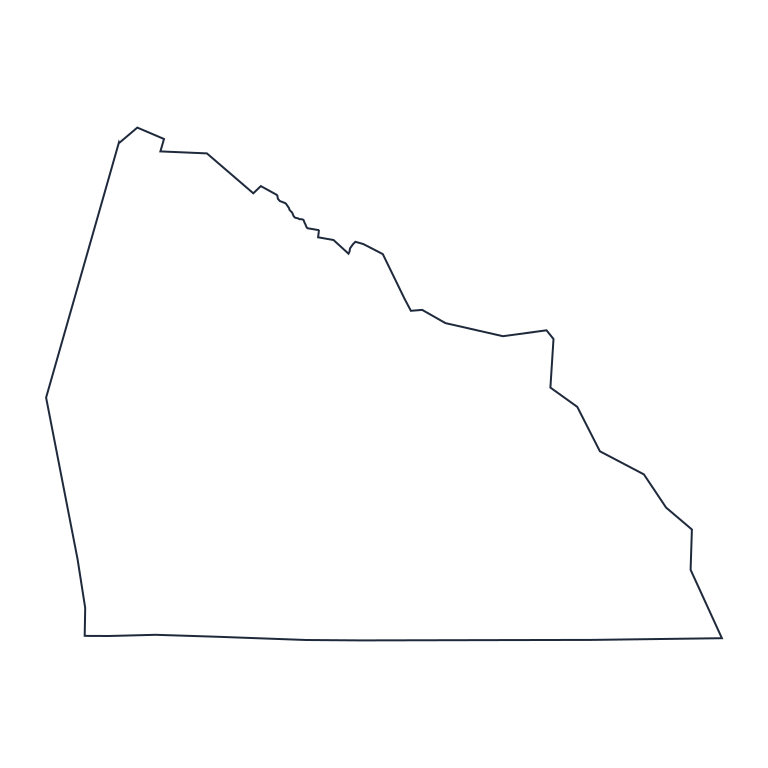 Rowan, North Carolina, United States of America (Natural Earth projection)
{"feature_id": "52423323B48930759923162", "entity_name": "Rowan", "entity_type": "district", "adm_level": 2, "iso_a3": "USA", "parent_name": "United States of America", "parent_adm1": "North Carolina", "projection": "natural_earth1", "projection_center": [-80.524, 35.683], "detail": "fine", "context": "isolated", "style": "outline", "palette": "slate", "viewbox_px": 768, "rotation_deg": 0, "n_neighbors": 0, "source": "geoboundaries", "source_scale": "gbopen_adm2", "svg_char_len": 998}
<svg xmlns="http://www.w3.org/2000/svg" viewBox="0 0 768 768"><path d="M721.9,638.2L690.6,569.8L691.9,529.5L666.1,507.6L643.9,474.4L599.9,451.3L577.3,406.9L550.4,387.6L553.5,339.0L553.1,338.5L546.5,330.3L502.9,336.2L445.4,323.1L422.2,309.9L410.9,310.8L404.5,298.7L382.8,254.1L363.2,244.0L355.4,241.8L352.9,244.3L350.0,248.4L349.5,251.7L348.5,253.7L333.5,240.0L318.1,237.3L318.9,230.7L318.5,230.1L307.4,228.2L306.3,226.7L305.4,224.3L304.5,222.6L303.7,220.3L303.4,219.9L302.7,219.5L301.2,219.2L299.6,219.2L297.8,218.3L295.8,217.9L294.7,217.4L293.6,216.1L292.2,212.7L289.6,210.0L289.0,208.1L286.0,203.7L285.2,203.1L279.8,201.0L277.9,198.8L277.3,195.5L276.5,194.7L260.8,186.1L253.3,193.3L206.9,153.4L160.4,151.4L164.0,139.0L137.3,127.6L119.0,143.1L119.0,142.9L118.9,142.6L116.4,151.3L106.2,187.1L46.1,397.6L77.6,559.4L85.2,607.9L84.7,635.8L88.4,635.9L108.5,636.0L155.8,634.8L221.3,636.9L231.9,637.3L306.2,640.0L360.8,640.4L592.3,639.9L721.9,638.2Z" fill="none" stroke="#1e293b" stroke-width="2"/></svg>